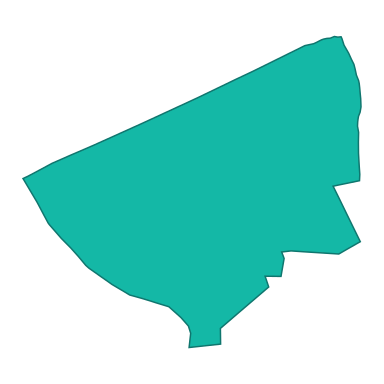 outline of Umraniyya, Al Jizah, Egypt
{"feature_id": "37247803B30889137034133", "entity_name": "Umraniyya", "entity_type": "district", "adm_level": 2, "iso_a3": "EGY", "parent_name": "Egypt", "parent_adm1": "Al Jizah", "projection": "natural_earth1", "projection_center": [31.189, 29.993], "detail": "fine", "context": "isolated", "style": "filled", "palette": "teal", "viewbox_px": 384, "rotation_deg": 0, "n_neighbors": 0, "source": "geoboundaries", "source_scale": "gbopen_adm2", "svg_char_len": 1228}
<svg xmlns="http://www.w3.org/2000/svg" viewBox="0 0 384 384"><path d="M112.1,284.5L118.0,288.0L121.9,290.3L129.7,295.0L135.5,296.6L141.9,298.4L150.5,301.0L155.7,302.7L161.6,304.5L168.8,306.7L181.0,317.6L188.4,326.0L190.7,333.3L189.1,347.5L220.6,344.1L220.4,328.4L239.0,312.4L268.7,287.0L265.1,276.2L281.0,276.4L284.1,258.5L283.5,256.8L281.7,252.0L291.1,250.9L302.6,251.7L338.8,254.0L348.3,248.5L356.9,243.6L360.3,241.7L352.9,226.6L346.1,212.7L338.9,197.9L333.1,186.2L335.9,185.6L338.1,185.1L341.1,184.5L359.5,180.7L359.8,174.4L359.2,165.7L358.5,153.3L358.4,142.1L358.6,132.4L357.5,126.2L357.7,121.8L358.0,119.3L358.5,116.3L360.1,112.2L361.0,106.9L360.9,104.0L360.7,98.7L360.2,93.5L359.7,87.8L359.2,83.4L358.6,80.6L357.4,77.6L356.4,75.1L355.1,69.0L353.9,64.3L351.4,59.3L348.7,53.3L344.0,45.1L342.0,38.8L341.1,36.8L337.8,37.1L334.4,36.5L330.2,38.2L326.9,38.4L323.6,39.1L321.6,39.8L319.2,41.0L316.5,42.4L313.7,43.7L304.9,45.6L252.7,71.4L235.5,79.5L197.3,97.9L142.3,123.3L93.5,145.3L70.3,155.3L52.1,163.3L49.9,164.5L27.8,176.3L23.0,178.5L36.9,201.9L38.2,204.3L43.9,215.1L48.2,223.1L49.3,224.6L53.4,229.3L61.4,238.5L70.9,248.1L78.4,256.5L85.8,265.4L89.2,268.4L112.1,284.5Z" fill="#14b8a6" stroke="#0f766e" stroke-width="1.5"/></svg>